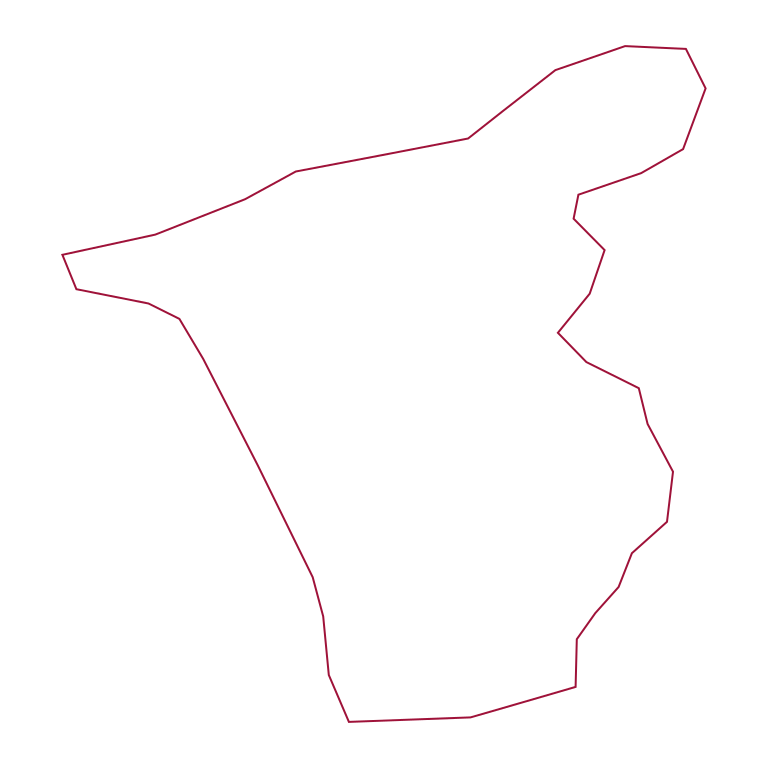 Ermera, Mercator projection
{"feature_id": "TLS-549", "entity_name": "Ermera", "entity_type": "District", "adm_level": 1, "iso_a3": "TLS", "parent_name": "East Timor", "parent_adm1": "", "projection": "mercator", "projection_center": [125.395, -8.82], "detail": "fine", "context": "isolated", "style": "outline", "palette": "rose", "viewbox_px": 768, "rotation_deg": 0, "n_neighbors": 0, "source": "natural_earth", "source_scale": "10m", "svg_char_len": 623}
<svg xmlns="http://www.w3.org/2000/svg" viewBox="0 0 768 768"><path d="M625.1,46.1L676.9,48.5L685.9,48.9L705.6,88.4L683.1,149.1L641.2,173.1L578.4,194.7L573.6,218.7L604.6,250.1L589.7,293.7L557.9,332.8L586.4,362.1L638.8,388.2L647.6,424.0L663.7,454.2L673.0,471.7L667.0,521.8L631.9,553.2L618.6,587.0L595.3,613.1L576.8,639.2L575.6,686.9L517.9,703.7L470.5,717.4L348.9,721.9L328.8,675.0L323.2,616.4L312.7,577.2L257.9,465.6L203.2,358.9L179.4,318.9L148.5,303.5L76.4,289.2L62.4,254.8L155.3,234.6L245.1,199.2L295.8,171.5L390.0,153.6L468.1,138.5L502.7,111.2L555.4,70.1L625.1,46.1Z" fill="none" stroke="#9f1239" stroke-width="2"/></svg>